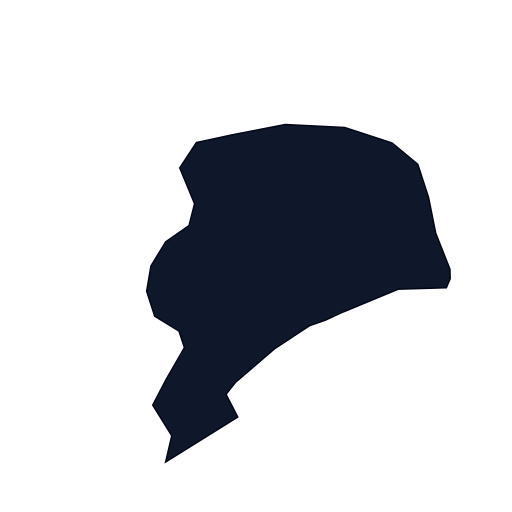 the border of Lwengo, rotated 148°
{"feature_id": "UGA-5617", "entity_name": "Lwengo", "entity_type": "District", "adm_level": 1, "iso_a3": "UGA", "parent_name": "Uganda", "parent_adm1": "", "projection": "albers", "projection_center": [31.468, -0.432], "detail": "fine", "context": "isolated", "style": "filled", "palette": "ink", "viewbox_px": 512, "rotation_deg": 148, "n_neighbors": 0, "source": "natural_earth", "source_scale": "10m", "svg_char_len": 562}
<svg xmlns="http://www.w3.org/2000/svg" viewBox="0 0 512 512"><g transform="rotate(148 256 256)"><path d="M111.4,128.2L153.0,152.5L214.7,162.8L231.0,164.8L247.4,168.5L289.3,167.5L340.4,159.7L354.7,154.6L356.8,129.1L441.8,129.2L422.7,148.2L422.6,184.3L397.2,199.2L365.3,216.2L361.1,233.1L373.8,258.6L367.4,284.1L350.4,303.2L325.0,315.9L296.7,317.3L280.4,332.9L274.0,371.1L246.4,383.8L211.7,371.3L161.5,352.0L112.7,318.0L80.7,279.7L70.2,248.0L78.7,214.0L91.5,180.1L98.5,142.1L103.4,133.8L111.4,128.2Z" fill="#0f172a" stroke="#020617" stroke-width="1.5"/></g></svg>